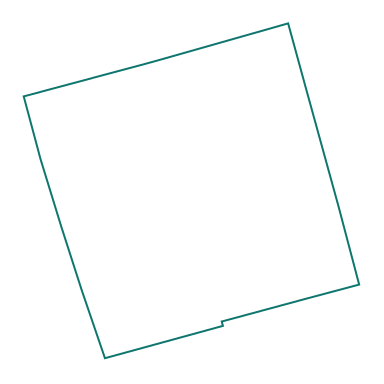 Ingham, Michigan, United States of America, rotated 165°
{"feature_id": "52423323B68700742092753", "entity_name": "Ingham", "entity_type": "district", "adm_level": 2, "iso_a3": "USA", "parent_name": "United States of America", "parent_adm1": "Michigan", "projection": "equal_earth", "projection_center": [-84.365, 42.599], "detail": "fine", "context": "isolated", "style": "outline", "palette": "teal", "viewbox_px": 384, "rotation_deg": 165, "n_neighbors": 0, "source": "geoboundaries", "source_scale": "gbopen_adm2", "svg_char_len": 324}
<svg xmlns="http://www.w3.org/2000/svg" viewBox="0 0 384 384"><g transform="rotate(165 192 192)"><path d="M196.8,54.7L196.8,59.2L108.3,59.4L54.5,59.3L54.2,140.3L55.1,261.8L55.5,330.0L196.1,327.9L329.8,327.9L329.8,262.7L327.2,191.7L323.9,125.1L319.1,54.0L196.8,54.7Z" fill="none" stroke="#0f766e" stroke-width="2"/></g></svg>